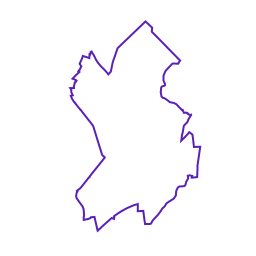 Helmond, Noord-Brabant, Netherlands (Albers equal-area conic projection), rotated 75°
{"feature_id": "6326949B31180787122352", "entity_name": "Helmond", "entity_type": "district", "adm_level": 2, "iso_a3": "NLD", "parent_name": "Netherlands", "parent_adm1": "Noord-Brabant", "projection": "albers", "projection_center": [5.662, 51.474], "detail": "fine", "context": "isolated", "style": "outline", "palette": "violet", "viewbox_px": 256, "rotation_deg": 75, "n_neighbors": 0, "source": "geoboundaries", "source_scale": "gbopen_adm2", "svg_char_len": 5316}
<svg xmlns="http://www.w3.org/2000/svg" viewBox="0 0 256 256"><g transform="rotate(75 128 128)"><path d="M205.3,194.5L205.3,194.3L205.4,193.8L205.4,193.2L205.5,190.7L205.6,190.4L205.5,189.7L205.5,189.2L205.4,188.7L205.3,188.1L205.2,187.6L204.8,186.7L204.7,186.7L205.2,183.4L218.4,183.9L218.3,183.7L219.3,183.7L218.7,182.7L218.0,181.2L217.6,180.5L217.1,179.7L214.8,175.2L214.4,174.4L214.0,173.6L213.2,172.1L212.9,171.3L211.7,169.1L211.3,168.3L210.7,167.0L212.2,165.1L210.6,164.3L209.7,164.5L209.3,163.6L208.7,162.0L207.6,158.8L207.1,157.3L206.9,156.6L206.7,156.1L206.8,156.1L206.0,153.2L205.6,151.6L205.4,150.7L205.2,149.9L204.9,148.2L204.7,146.5L204.4,144.9L204.2,143.2L204.1,142.3L204.1,141.5L204.0,140.3L204.1,138.8L204.0,138.3L205.4,138.6L207.1,139.0L208.7,139.5L210.9,140.1L212.0,134.7L212.5,134.8L212.8,134.9L213.2,134.9L213.6,134.9L220.3,135.8L220.6,135.9L221.0,135.9L221.3,135.9L225.2,136.4L225.3,136.0L225.4,135.5L225.5,135.1L226.4,131.8L226.4,131.5L226.4,131.2L226.4,130.9L226.3,130.6L226.1,130.3L225.9,130.1L224.4,128.8L224.2,128.5L223.9,128.2L223.6,127.9L223.4,127.6L220.1,122.3L219.7,121.7L216.9,118.0L216.4,117.5L215.5,116.6L215.3,116.4L214.9,116.0L214.7,115.7L214.4,115.2L213.7,113.7L213.5,113.4L213.3,113.1L213.1,112.8L212.8,112.5L211.3,110.9L211.0,110.6L210.8,110.3L210.6,110.0L210.5,109.6L209.5,106.8L209.4,106.1L209.2,105.7L209.0,105.2L208.3,102.7L208.1,102.2L208.0,101.9L207.8,101.8L206.0,99.7L205.8,99.5L205.7,99.4L205.2,99.1L201.9,97.9L201.5,97.8L201.4,97.7L201.1,97.6L199.0,95.8L198.3,95.1L198.0,94.5L197.9,93.9L197.9,93.1L198.6,89.4L198.6,88.6L198.4,88.0L198.3,87.8L197.8,87.2L197.4,87.0L195.4,85.9L195.0,85.7L194.7,85.4L192.9,83.5L192.3,83.0L191.5,82.8L189.6,82.6L189.6,80.9L190.0,80.1L190.9,78.4L192.2,79.3L192.4,79.4L192.5,79.2L193.3,73.9L185.6,71.5L184.0,71.0L182.7,70.8L182.3,70.6L164.8,63.1L163.4,69.2L154.0,67.8L152.7,67.7L151.5,67.5L151.2,67.4L150.1,68.2L147.9,69.9L149.0,71.4L149.9,72.8L150.8,74.2L151.7,75.7L152.3,76.7L153.2,78.4L154.0,79.8L149.9,78.1L149.5,78.0L146.2,76.2L141.0,73.8L140.4,73.5L140.0,73.0L137.9,69.5L137.6,69.0L137.1,68.7L135.7,67.7L135.4,67.5L135.2,67.3L131.9,63.8L131.7,64.0L131.5,63.9L131.5,64.2L131.2,65.0L131.0,65.3L130.6,65.8L129.9,66.3L129.7,66.4L129.6,66.6L129.5,66.8L129.4,66.9L129.3,67.0L129.1,67.0L128.9,67.0L128.8,66.9L128.7,67.0L128.2,67.8L128.2,68.0L128.1,68.3L128.0,68.7L127.9,70.0L125.6,70.4L124.7,70.5L124.7,70.9L124.9,71.1L124.5,71.4L124.1,71.6L123.8,71.8L123.6,71.7L122.9,72.1L121.1,73.3L120.1,73.7L120.0,73.8L119.8,73.8L119.2,74.3L118.5,74.6L118.1,74.7L118.0,74.8L117.3,75.4L115.7,77.2L115.6,77.3L115.3,78.0L113.9,80.8L113.8,81.0L113.6,81.1L113.3,81.3L112.9,81.6L111.7,82.4L111.5,82.6L110.2,83.7L109.1,84.7L108.7,85.1L108.5,85.3L108.3,85.7L108.2,85.9L107.9,86.4L107.9,86.5L106.4,87.4L106.3,87.5L102.1,87.1L101.8,87.1L101.7,87.1L101.4,87.0L100.8,86.7L100.1,86.4L99.5,86.2L98.0,85.7L97.7,85.6L97.5,85.4L97.3,85.3L97.1,85.1L96.9,84.8L96.8,84.6L96.7,84.3L96.6,84.1L96.6,83.9L96.6,83.6L96.6,82.5L96.6,82.1L96.6,81.8L96.5,81.6L96.4,81.5L96.3,81.3L96.1,81.2L95.9,81.0L95.6,80.9L95.3,80.9L95.1,80.9L91.5,81.4L91.1,81.4L90.8,81.3L87.2,80.3L86.9,80.3L86.7,80.2L86.4,80.0L86.2,79.8L83.1,77.4L82.9,77.2L82.7,77.0L82.5,76.8L82.3,76.6L80.2,73.2L77.6,68.9L77.5,68.7L77.4,68.5L77.4,68.3L77.4,68.2L77.4,67.9L77.4,67.6L78.9,62.9L78.5,62.5L78.4,62.6L77.9,62.1L77.7,61.8L77.5,61.7L77.2,61.2L76.4,60.2L75.3,60.8L64.9,66.7L64.7,66.8L45.0,77.9L41.2,80.1L37.4,78.7L29.6,83.5L48.2,117.4L56.7,123.1L60.3,125.6L69.1,130.0L71.1,133.1L70.0,133.5L68.4,134.3L66.2,135.4L64.7,136.2L62.4,137.6L61.1,138.3L60.3,138.7L58.8,139.4L56.4,140.4L54.8,140.9L54.0,141.2L53.6,141.3L51.0,141.7L50.2,141.9L49.4,142.1L44.7,143.4L45.0,144.4L45.3,144.3L45.5,144.4L45.7,144.5L47.1,145.4L46.7,146.0L50.4,147.3L46.8,152.8L46.7,153.0L47.8,153.6L50.6,155.7L51.1,156.2L52.9,157.6L53.3,157.8L53.5,158.1L56.4,157.1L56.9,157.8L57.1,157.8L59.6,159.9L59.6,160.1L59.6,160.4L59.8,160.6L59.9,160.8L60.6,161.4L61.4,160.6L63.6,164.8L66.0,168.8L68.5,165.6L68.9,165.4L70.5,167.3L70.3,167.6L70.5,167.7L73.8,169.5L74.0,169.6L75.4,169.8L74.5,173.5L76.5,172.9L78.5,173.5L82.1,172.9L82.0,174.2L82.1,174.3L82.1,174.9L85.5,174.4L86.8,174.0L87.9,173.7L88.6,173.3L89.4,172.9L89.8,172.7L89.8,172.9L98.4,169.1L98.4,168.9L98.7,168.8L102.1,167.5L102.1,167.4L102.4,167.3L113.2,162.7L113.3,162.6L113.6,162.5L115.1,161.9L116.1,161.5L116.4,161.3L116.6,161.3L117.3,161.1L117.9,161.1L119.9,161.0L130.9,160.6L138.8,160.3L143.1,160.1L143.3,160.1L143.5,160.1L146.6,160.0L147.0,159.9L147.3,159.9L147.6,159.8L147.9,159.6L148.2,159.5L149.7,158.4L149.8,158.3L149.8,158.2L150.3,158.1L150.6,158.2L150.7,158.3L160.4,171.5L161.1,172.5L161.7,173.3L164.6,177.2L164.8,177.4L165.1,177.7L165.2,177.9L165.7,178.6L165.8,178.5L166.0,179.0L166.3,179.5L167.7,181.3L168.8,182.8L170.2,184.7L172.8,188.2L173.2,188.7L173.5,189.3L173.9,189.9L174.0,190.1L174.4,191.0L174.7,191.7L175.0,192.5L175.2,193.1L175.4,193.6L176.4,193.3L176.5,193.5L176.7,193.8L176.9,194.0L177.1,194.2L177.3,194.3L177.6,194.5L179.2,195.3L180.0,195.6L180.8,195.8L181.1,195.8L181.6,195.8L182.1,195.8L182.5,195.8L182.7,195.7L183.3,195.5L187.9,193.8L191.1,192.5L191.5,192.4L192.1,192.2L192.6,192.1L193.1,192.0L193.5,192.0L194.6,191.9L195.1,192.0L195.6,192.0L200.7,193.0L201.3,193.1L201.7,193.3L202.9,194.0L203.4,194.1L205.3,194.5Z" fill="none" stroke="#5b21b6" stroke-width="2"/></g></svg>